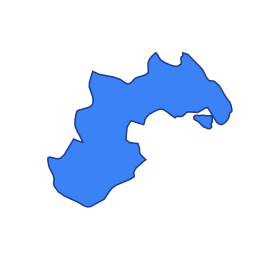 outline of Pangasinan, rotated 135°
{"feature_id": "PHL-2562", "entity_name": "Pangasinan", "entity_type": "Province", "adm_level": 1, "iso_a3": "PHL", "parent_name": "Philippines", "parent_adm1": "", "projection": "mercator", "projection_center": [120.195, 16.001], "detail": "fine", "context": "isolated", "style": "filled", "palette": "blue", "viewbox_px": 256, "rotation_deg": 135, "n_neighbors": 0, "source": "natural_earth", "source_scale": "10m", "svg_char_len": 1957}
<svg xmlns="http://www.w3.org/2000/svg" viewBox="0 0 256 256"><g transform="rotate(135 128 128)"><path d="M55.1,161.5L55.0,160.8L55.6,157.9L56.3,155.4L56.7,152.8L56.1,149.3L53.5,142.5L51.6,139.1L49.5,136.7L45.3,135.6L42.8,137.9L40.8,140.5L38.4,140.2L37.9,140.8L36.0,142.4L33.6,137.5L33.9,118.3L34.3,115.5L36.7,108.4L37.2,105.0L36.7,103.5L34.5,101.0L33.9,99.3L33.6,94.0L33.9,91.8L36.9,81.0L37.8,74.1L39.3,70.8L41.1,68.1L42.8,66.4L43.5,66.3L45.3,66.6L46.0,66.4L48.7,64.5L49.5,64.1L52.1,63.4L55.5,63.1L59.5,64.2L61.0,66.9L61.0,70.2L57.2,86.1L59.3,87.5L66.6,89.3L68.2,90.1L69.2,91.5L73.8,96.5L75.5,97.6L79.0,97.6L81.1,97.8L82.9,99.1L85.9,102.2L87.2,101.8L87.7,102.4L89.2,113.1L90.1,116.5L92.2,118.8L95.4,120.4L102.9,122.6L106.6,122.7L110.1,121.9L113.0,120.0L114.6,119.4L120.8,131.1L128.0,129.3L137.9,121.1L136.9,116.1L131.9,109.9L133.4,107.4L134.1,105.7L137.2,102.3L137.9,100.4L137.9,93.6L137.8,93.0L140.6,93.4L150.6,94.0L155.1,92.8L157.9,89.2L162.7,90.2L176.6,95.9L181.2,96.8L185.8,96.4L195.1,94.5L209.7,98.8L212.4,100.7L214.0,104.0L216.0,111.3L221.0,124.9L222.4,131.9L221.3,138.8L220.0,141.2L218.6,142.4L217.2,143.4L215.7,145.0L214.3,147.4L211.7,155.2L210.5,157.6L208.3,160.9L205.9,163.4L204.0,163.0L201.1,158.1L199.3,155.8L196.9,154.3L191.9,154.2L174.2,158.6L172.4,154.0L171.3,151.9L170.0,150.0L167.9,155.8L166.2,161.7L163.8,167.2L159.6,171.3L154.8,174.7L152.2,175.9L149.9,175.4L147.7,173.9L140.5,170.1L136.8,169.6L133.4,171.8L130.7,175.4L126.5,184.3L122.5,187.9L112.9,192.9L110.5,186.5L102.1,174.1L99.1,167.8L98.2,162.5L97.3,159.8L95.3,158.2L93.2,157.9L88.7,158.1L86.5,157.7L78.2,153.3L74.4,152.9L67.9,159.8L64.3,161.4L60.2,161.9L55.6,161.6L55.1,161.5ZM73.8,83.1L74.7,85.4L75.0,87.6L73.9,89.2L71.9,89.5L69.9,88.0L69.2,86.7L66.0,84.1L62.8,79.8L61.0,78.6L60.5,77.2L61.3,75.6L63.8,72.9L65.5,72.4L66.7,71.9L67.0,71.3L67.4,70.3L68.7,69.3L70.4,69.6L71.6,70.5L72.2,71.5L72.5,72.6L73.9,75.8L73.8,83.1Z" fill="#3b82f6" stroke="#1e3a8a" stroke-width="1.5"/></g></svg>